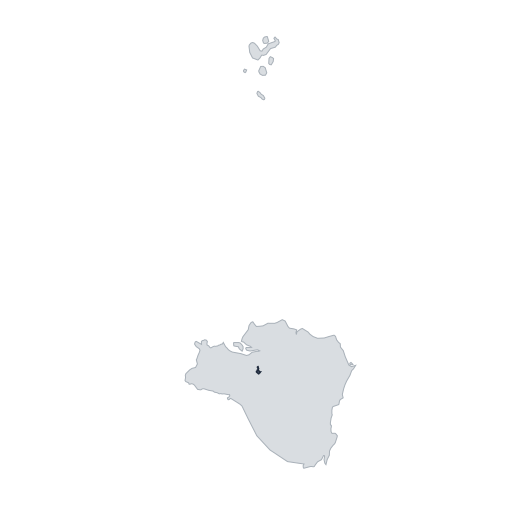 Cumanda, Chimborazo, Ecuador (highlighted), rotated 83°
{"feature_id": "8360857B2358017472723", "entity_name": "Cumanda", "entity_type": "district", "adm_level": 2, "iso_a3": "ECU", "parent_name": "Ecuador", "parent_adm1": "Chimborazo", "projection": "orthographic", "projection_center": [-79.101, -2.211], "detail": "fine", "context": "in_parent", "style": "filled", "palette": "slate", "viewbox_px": 512, "rotation_deg": 83, "n_neighbors": 0, "source": "geoboundaries", "source_scale": "gbopen_adm2", "svg_char_len": 4878}
<svg xmlns="http://www.w3.org/2000/svg" viewBox="0 0 512 512"><g transform="rotate(83 256 256)"><path d="M471.6,212.0L470.1,212.9L466.5,213.3L463.6,212.4L462.5,212.4L462.3,213.3L466.1,215.8L467.8,220.0L470.5,222.6L472.1,223.9L472.2,224.8L471.7,226.5L471.6,227.9L472.5,234.4L471.9,234.8L469.9,234.8L468.3,233.7L463.9,249.8L450.2,265.8L434.5,277.1L416.4,283.7L403.2,288.2L401.1,290.0L394.6,298.0L394.3,298.8L395.2,300.2L395.3,301.1L394.3,301.6L393.5,301.7L393.1,301.3L392.8,300.3L391.9,299.3L390.9,299.0L390.3,299.3L390.3,300.2L388.9,304.5L388.8,306.6L388.3,307.5L388.3,309.3L387.0,311.1L386.0,314.0L384.9,314.9L383.5,319.4L381.4,323.9L381.3,325.5L381.9,326.5L382.1,327.4L381.3,330.2L376.6,332.9L375.4,334.2L374.9,335.7L375.2,337.0L375.1,338.0L373.6,338.4L372.1,341.0L370.9,341.6L368.0,340.7L365.8,340.7L364.2,339.9L360.9,335.6L359.7,333.1L359.3,329.6L356.0,327.3L351.8,327.9L350.6,327.1L347.4,325.6L344.8,324.0L342.8,323.1L341.2,323.5L338.7,326.3L336.3,327.6L335.2,327.5L333.8,326.7L333.5,325.7L337.1,320.8L334.4,320.7L333.5,319.7L333.4,318.4L332.9,317.1L333.5,315.5L334.9,314.7L337.0,315.4L338.4,315.4L339.4,313.9L341.3,312.8L341.7,312.0L340.7,309.6L340.4,308.3L340.7,307.6L340.6,305.0L340.0,304.0L339.9,302.6L339.4,301.8L339.2,300.0L337.8,299.0L342.2,297.3L343.8,296.0L345.7,294.8L347.4,292.9L348.5,291.1L351.1,282.8L353.6,277.5L353.2,275.0L351.1,271.6L350.7,266.6L350.9,265.1L350.6,263.9L349.2,266.0L349.6,273.4L348.4,276.7L346.7,277.5L345.6,276.9L346.2,271.6L345.0,272.5L343.0,276.2L339.8,278.9L339.6,279.8L338.9,280.9L336.4,279.9L334.5,278.8L328.2,272.7L324.2,271.4L321.7,269.3L321.2,268.4L320.9,267.2L323.4,265.9L326.0,264.2L326.2,260.4L326.2,257.5L324.2,252.4L325.1,245.8L324.6,243.2L322.4,237.7L324.1,235.0L329.8,232.9L331.7,231.6L333.0,227.2L334.3,224.6L336.9,225.7L338.9,225.5L336.2,224.6L334.0,220.6L333.6,218.8L337.9,213.5L340.1,212.1L342.9,209.2L345.2,204.9L345.7,198.2L344.8,193.3L344.1,188.2L345.4,186.9L349.0,186.2L351.8,184.6L353.3,183.1L356.7,183.3L360.6,180.9L366.9,179.7L375.6,177.1L377.5,174.7L376.7,170.4L379.9,173.0L381.4,175.0L385.9,177.3L391.2,181.3L394.7,183.4L398.5,185.2L404.0,187.2L407.4,186.8L408.8,189.9L410.1,190.8L413.3,191.8L413.6,192.2L414.8,197.8L415.5,198.6L418.3,199.5L421.7,199.9L423.0,199.7L426.0,201.2L430.6,202.5L432.2,202.7L433.0,202.4L433.2,201.9L434.6,202.0L436.6,202.7L439.5,202.9L441.3,202.2L441.6,199.1L442.3,198.4L444.3,197.2L445.4,197.5L450.8,200.0L451.9,200.8L453.3,202.6L455.8,205.1L458.5,206.8L462.7,207.5L466.8,210.2L471.6,212.0ZM49.4,209.7L51.1,211.4L51.9,216.3L57.2,221.4L57.8,224.2L57.3,225.6L57.6,226.1L60.1,228.1L61.7,230.2L59.0,235.3L53.2,237.4L46.9,237.4L45.7,236.9L44.0,235.0L43.7,233.3L44.6,231.6L47.9,229.1L52.8,226.9L53.4,225.2L51.4,223.5L50.0,220.3L46.9,218.0L45.4,211.0L44.3,210.7L42.2,211.7L41.2,210.8L41.0,210.4L43.3,208.8L43.8,207.6L47.1,207.0L48.6,208.0L49.4,209.7ZM73.8,230.7L72.5,230.7L68.4,228.2L68.7,225.6L70.3,223.9L75.5,223.0L77.7,224.6L77.5,227.6L75.8,229.9L74.3,230.3L73.8,230.7ZM342.9,288.0L342.4,289.0L339.9,288.9L339.2,288.6L339.8,283.7L340.5,282.2L342.6,280.7L344.3,279.9L346.5,280.1L348.8,281.4L346.1,283.9L343.9,284.6L342.9,288.0ZM45.5,222.6L42.9,223.1L40.7,222.2L39.7,220.8L39.5,218.7L39.7,218.0L44.6,217.2L46.1,219.0L46.1,221.6L45.5,222.6ZM97.7,234.2L94.7,235.3L92.9,234.3L92.8,233.6L94.5,232.0L96.1,231.1L97.6,229.2L100.4,228.0L101.2,228.3L101.7,228.7L101.9,229.3L101.0,230.8L99.3,231.9L97.7,234.2ZM67.6,219.1L66.4,219.9L61.5,219.0L59.9,217.5L61.2,215.4L62.2,214.5L65.2,215.3L68.1,217.6L67.6,219.1ZM71.6,245.8L70.5,245.8L69.1,244.7L70.2,242.6L72.2,243.7L72.7,244.5L71.6,245.8ZM375.4,175.8L373.9,176.0L373.2,174.7L375.0,173.3L375.6,173.0L375.4,175.8Z" fill="#d9dde1" stroke="#a8b0b8" stroke-width="1"/><path d="M371.7,265.8L371.7,266.0L371.4,266.2L371.4,266.3L371.2,266.4L371.2,266.5L370.9,266.6L370.8,266.8L370.7,266.9L370.7,267.0L370.4,267.1L370.2,267.3L370.1,267.5L369.9,267.5L369.7,267.5L369.4,267.5L369.2,267.5L368.9,267.5L368.7,267.5L368.4,267.5L368.3,267.4L368.2,267.4L367.9,267.3L367.8,267.2L367.7,267.3L367.4,267.4L367.2,267.4L367.1,267.5L367.1,267.4L366.9,267.4L366.7,267.4L366.4,267.4L366.4,267.5L366.3,267.8L366.2,267.8L366.3,268.0L366.5,268.0L366.6,267.9L366.8,267.8L367.0,267.7L367.2,267.8L367.3,267.8L367.4,267.7L367.5,267.8L367.8,267.8L368.0,267.8L368.3,267.8L368.6,267.8L368.8,267.8L369.0,267.8L369.3,267.8L369.4,268.0L369.4,268.3L369.4,268.5L369.5,268.5L369.8,268.7L370.0,268.8L370.3,268.9L370.3,269.0L370.5,269.2L370.5,269.3L370.5,269.5L370.8,269.6L371.0,269.7L371.3,269.6L371.4,269.4L371.5,269.3L371.5,269.2L371.8,269.1L372.0,269.0L372.1,268.8L372.2,268.6L372.3,268.6L372.5,268.5L372.6,268.4L372.8,268.2L373.0,268.1L373.2,267.9L373.3,267.8L373.3,267.7L373.1,267.4L372.9,267.3L372.9,267.2L372.7,267.1L372.4,266.9L372.4,266.7L372.3,266.4L372.2,266.4L372.2,266.2L371.9,266.1L371.8,265.9L371.7,265.8L371.7,265.8Z" fill="#64748b" stroke="#1e293b" stroke-width="1.5"/></g></svg>